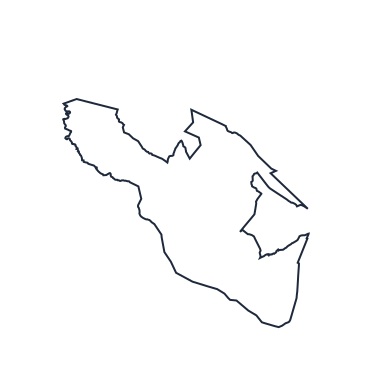 the district of Santiago Tilantongo, Oaxaca, Mexico, rotated 127°
{"feature_id": "50627088B21759146894755", "entity_name": "Santiago Tilantongo", "entity_type": "district", "adm_level": 2, "iso_a3": "MEX", "parent_name": "Mexico", "parent_adm1": "Oaxaca", "projection": "orthographic", "projection_center": [-97.358, 17.197], "detail": "fine", "context": "isolated", "style": "outline", "palette": "slate", "viewbox_px": 384, "rotation_deg": 127, "n_neighbors": 0, "source": "geoboundaries", "source_scale": "gbopen_adm2", "svg_char_len": 5989}
<svg xmlns="http://www.w3.org/2000/svg" viewBox="0 0 384 384"><g transform="rotate(127 192 192)"><path d="M135.7,89.4L129.7,140.5L124.6,137.7L125.6,142.7L123.4,160.9L119.2,173.5L118.1,185.2L117.9,187.4L118.2,188.6L118.3,190.1L118.1,190.8L118.3,191.9L118.5,192.8L118.7,193.5L119.1,194.1L119.6,194.6L120.4,194.9L120.8,195.4L120.7,196.0L120.8,196.8L121.1,197.9L121.5,199.0L121.7,200.3L121.3,201.2L120.4,202.4L119.4,204.4L119.0,204.6L119.8,209.0L126.7,242.0L135.7,233.0L147.8,234.1L144.4,219.3L149.4,213.3L159.1,213.7L166.7,213.9L163.4,221.1L162.7,221.6L162.1,222.4L161.5,223.0L160.8,223.7L160.5,224.3L160.6,225.0L160.6,225.6L160.7,226.4L159.9,227.2L159.5,227.8L158.9,228.5L158.5,229.1L158.0,229.9L157.6,230.6L157.4,231.4L158.3,231.9L159.3,231.7L160.8,232.1L162.1,231.9L163.7,231.5L164.8,231.6L165.7,231.4L167.2,231.5L168.1,231.1L168.9,230.9L169.6,230.7L170.2,230.6L171.0,230.2L172.5,229.9L173.3,229.3L173.9,229.0L174.9,229.5L175.9,230.5L176.2,231.0L177.3,231.6L177.9,231.5L178.6,231.3L179.4,231.2L180.4,230.9L181.3,230.4L182.0,229.9L183.3,229.4L183.3,232.0L183.4,234.8L183.5,236.1L184.1,238.2L184.7,240.6L185.3,243.4L185.9,245.1L186.3,246.1L185.9,246.7L185.7,247.4L186.1,248.3L186.5,248.8L186.9,249.1L186.8,250.3L186.4,251.1L187.0,252.3L187.0,253.6L186.7,254.7L186.6,255.7L186.8,256.5L186.9,257.6L186.3,258.7L183.8,265.6L184.6,271.5L184.4,272.9L183.9,277.2L185.3,282.1L182.0,286.2L179.3,286.7L179.4,287.7L179.0,288.4L178.9,289.1L178.9,289.7L179.0,290.4L179.5,291.4L179.7,292.6L179.4,293.1L178.7,293.5L178.0,293.9L177.8,294.8L178.0,295.6L177.6,296.7L177.0,297.2L176.6,297.6L176.3,298.5L176.0,299.3L175.1,299.4L174.4,299.6L173.7,299.9L172.5,300.4L170.8,301.0L187.2,340.1L198.7,347.7L198.8,347.1L199.1,346.5L199.0,345.8L198.4,344.5L198.3,343.5L198.6,343.2L200.1,343.9L201.7,344.0L202.6,343.4L203.1,342.2L203.2,340.8L202.5,339.8L201.5,338.7L201.4,337.9L201.8,337.3L202.7,337.1L203.5,337.4L204.1,338.4L204.1,339.0L204.5,339.6L205.0,339.9L205.4,339.7L205.6,339.2L205.6,338.0L205.5,337.0L205.9,336.1L206.4,335.8L207.9,335.7L209.2,336.6L210.2,337.3L210.4,338.0L211.3,338.6L211.7,338.4L212.0,337.6L212.7,336.6L213.4,336.0L213.9,335.6L214.2,334.9L214.5,334.1L214.5,333.5L214.9,332.8L215.4,332.4L216.9,332.3L217.7,331.5L217.1,329.3L216.8,328.1L216.7,326.7L216.2,325.9L216.1,325.4L216.2,325.1L216.9,324.7L217.7,324.7L218.6,324.6L219.7,324.3L221.0,324.0L221.5,324.1L222.1,324.8L222.6,325.2L223.3,325.7L224.1,325.9L225.2,325.6L225.4,324.7L225.3,323.9L224.9,323.4L224.1,323.3L223.5,323.0L223.2,322.5L223.1,321.9L223.4,321.3L224.1,320.4L224.2,319.1L224.8,317.6L225.6,317.0L225.6,316.4L225.3,316.0L224.8,315.4L224.9,314.7L224.4,314.2L224.5,313.4L225.3,312.8L225.4,311.8L226.2,310.9L226.0,310.2L227.0,310.0L226.4,309.2L227.1,308.6L227.8,306.9L228.3,307.1L228.3,306.2L228.9,305.6L229.2,304.3L229.7,303.8L229.7,302.6L230.5,301.3L231.3,300.2L232.0,299.6L232.8,298.9L232.0,297.6L233.1,296.6L232.3,294.6L231.5,293.0L231.9,291.8L229.9,286.2L230.2,284.3L230.6,283.5L229.9,283.4L229.8,283.1L230.3,282.9L230.2,282.4L231.3,281.8L231.9,279.0L232.1,276.2L231.5,273.8L232.0,272.9L230.0,270.6L228.7,270.2L227.7,269.7L226.7,269.3L226.3,268.9L226.3,268.4L226.5,267.9L226.9,267.5L227.8,266.8L228.0,266.5L228.2,266.0L228.4,265.7L228.2,265.1L228.0,264.3L228.4,263.4L228.2,262.8L228.3,262.4L228.4,261.7L228.4,261.0L228.1,260.2L227.6,259.5L227.3,259.0L227.1,258.8L227.3,258.3L227.2,258.0L226.8,257.6L226.6,257.2L226.6,256.6L226.4,256.0L226.0,255.6L225.6,255.4L225.1,255.2L224.8,254.8L224.1,254.1L224.0,253.7L223.5,252.5L223.2,252.2L222.8,251.6L222.2,249.9L222.0,249.6L221.7,249.3L221.5,248.8L221.3,248.4L221.6,247.5L220.5,241.9L219.8,238.2L228.0,228.4L235.0,227.1L236.3,226.2L236.5,225.5L236.8,224.8L237.4,224.1L237.8,223.4L238.6,222.6L239.8,221.6L240.8,221.1L241.7,219.6L242.0,218.8L242.2,218.0L242.2,217.0L242.2,216.0L242.1,215.2L241.7,213.0L241.4,212.0L240.8,211.4L240.5,210.3L240.1,209.5L240.0,208.4L240.2,207.5L240.2,206.8L240.4,206.4L240.5,205.9L240.3,205.2L240.3,204.8L240.4,203.7L240.2,203.0L244.4,190.8L246.4,189.0L256.6,177.9L260.4,166.9L266.1,156.1L263.3,137.6L257.8,122.4L254.4,113.4L253.6,105.0L254.9,99.2L255.2,96.6L251.9,91.2L252.8,75.7L251.8,66.3L254.0,57.8L252.9,54.7L249.2,44.9L247.7,41.4L246.1,40.5L244.8,39.7L243.7,39.3L242.2,38.8L240.8,38.4L239.6,37.7L238.5,36.9L237.0,36.3L234.9,36.6L213.9,44.6L210.5,46.7L208.2,48.0L206.4,49.2L203.2,51.3L194.8,56.9L191.0,59.4L186.5,62.3L184.7,63.6L184.9,65.0L159.8,71.8L160.0,72.5L155.8,73.5L155.1,73.8L155.7,74.3L157.1,75.0L158.7,75.9L159.8,77.4L161.1,78.7L162.6,79.5L164.2,79.2L166.7,78.8L168.4,79.3L169.6,79.8L171.6,80.6L172.7,81.3L174.3,81.6L175.6,82.2L177.2,82.8L178.2,83.1L179.7,83.2L180.8,83.8L182.0,84.1L183.4,84.6L184.5,85.9L185.6,87.2L186.7,87.7L186.2,88.6L188.6,89.0L189.2,88.6L189.8,88.6L190.2,88.7L191.1,89.0L191.5,89.2L191.9,89.2L192.0,89.4L192.0,89.7L192.0,89.8L192.1,90.0L192.4,90.1L192.7,90.2L193.0,90.4L193.3,90.5L193.6,90.5L193.8,90.7L194.0,91.2L194.1,91.3L194.3,91.4L194.6,91.4L194.9,91.9L195.2,92.2L195.2,92.5L195.3,92.8L195.6,92.8L196.1,92.5L196.3,92.5L196.2,92.8L196.2,93.1L196.4,93.3L196.4,93.6L196.3,93.9L196.1,94.1L197.0,94.9L198.2,95.5L200.1,96.0L201.4,96.8L202.5,97.4L203.7,98.0L202.4,98.3L201.4,99.3L200.5,100.6L199.6,101.5L197.6,101.9L196.4,103.4L191.8,112.8L190.2,115.8L190.3,117.0L190.4,118.3L190.9,119.8L191.4,121.1L192.1,122.0L191.9,128.9L194.9,129.7L188.5,129.5L178.9,129.0L172.3,128.7L169.1,130.3L165.7,132.1L162.5,133.8L161.1,135.1L158.0,135.5L151.7,135.5L151.5,136.3L151.6,137.8L151.6,138.8L151.7,139.8L152.0,140.7L151.5,141.6L150.8,142.3L150.5,143.6L151.0,144.7L151.3,147.4L150.5,148.2L149.9,149.3L148.3,150.7L147.2,150.2L146.1,150.5L145.0,151.5L144.4,151.9L144.0,152.3L143.0,153.1L142.3,153.0L141.4,153.0L140.5,153.3L139.4,152.9L138.4,151.9L137.8,151.7L137.2,151.6L141.6,135.5L142.0,133.8L142.2,131.8L141.6,122.1L140.9,111.6L141.0,109.5L140.8,108.0L140.8,106.4L140.1,105.4L139.7,103.6L139.5,102.2L139.6,100.9L140.3,99.5L137.8,98.1L137.1,97.6L136.4,96.3L135.9,93.8L135.7,89.4Z" fill="none" stroke="#1e293b" stroke-width="2"/></g></svg>